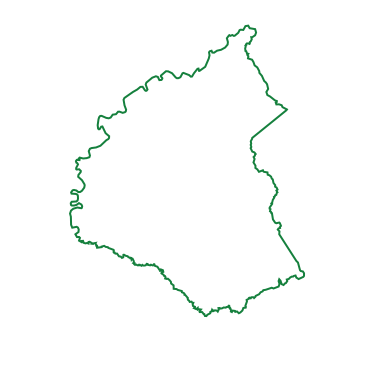 the district of Guajará-Mirim, Rondônia, Brazil, rotated 66°
{"feature_id": "56859067B61607327438980", "entity_name": "Guajará-Mirim", "entity_type": "district", "adm_level": 2, "iso_a3": "BRA", "parent_name": "Brazil", "parent_adm1": "Rondônia", "projection": "mercator", "projection_center": [-64.555, -11.323], "detail": "fine", "context": "isolated", "style": "outline", "palette": "green", "viewbox_px": 384, "rotation_deg": 66, "n_neighbors": 0, "source": "geoboundaries", "source_scale": "gbopen_adm2", "svg_char_len": 5964}
<svg xmlns="http://www.w3.org/2000/svg" viewBox="0 0 384 384"><g transform="rotate(66 192 192)"><path d="M299.0,237.3L300.7,235.8L300.2,233.9L301.9,234.5L302.1,233.0L303.0,231.6L304.3,233.8L304.8,233.8L305.9,231.5L308.4,231.0L308.6,230.4L310.5,230.6L311.2,229.3L310.4,227.9L310.2,224.7L309.0,224.0L309.1,222.8L307.9,221.7L309.2,221.6L309.4,221.2L308.9,220.8L309.5,220.5L309.4,219.2L310.5,217.5L311.7,217.1L310.2,215.3L308.8,215.0L309.2,213.9L309.9,213.9L310.5,212.0L310.4,210.0L311.4,208.2L311.1,207.4L311.6,205.8L310.8,204.8L311.1,204.3L311.9,204.6L313.6,204.3L313.6,204.8L315.9,204.3L317.0,205.1L317.9,204.4L316.9,203.1L318.1,201.1L319.1,201.2L319.4,199.5L321.8,198.5L321.7,196.8L320.8,194.2L318.8,192.2L319.5,190.0L318.8,189.5L317.8,189.6L314.3,186.3L312.8,186.0L312.6,183.2L312.0,183.1L311.9,182.6L312.3,181.6L312.9,181.4L312.4,180.4L312.7,179.6L313.2,178.6L314.1,178.4L313.5,176.7L312.8,176.1L312.7,172.3L311.5,170.1L311.5,167.9L310.7,166.8L311.3,164.4L311.9,158.1L313.3,156.7L313.6,151.3L311.6,149.5L308.6,149.1L307.2,147.8L309.1,147.2L312.6,147.6L314.2,146.2L313.3,144.2L313.4,143.3L312.1,141.2L310.5,141.0L310.8,138.9L310.0,137.0L309.9,135.1L310.4,134.1L310.1,133.1L310.4,131.4L312.6,131.5L314.9,130.0L314.8,124.8L314.2,123.8L311.8,122.7L309.7,123.0L308.4,124.8L307.3,125.1L299.5,123.9L297.5,124.7L266.1,129.5L263.5,128.1L261.2,128.9L260.5,127.8L260.7,126.2L259.8,126.0L259.1,124.5L256.2,124.4L255.4,124.7L254.8,127.7L253.9,128.5L250.0,129.2L243.9,127.6L243.6,128.1L242.4,127.9L241.3,128.6L239.6,127.3L238.8,127.9L237.8,127.4L235.5,123.7L234.7,124.1L234.3,123.1L232.1,121.4L230.6,119.2L229.8,119.1L229.7,118.2L228.8,117.3L228.9,116.2L227.1,114.7L227.0,114.1L225.0,114.3L224.6,112.9L222.4,112.9L220.9,113.9L219.6,113.2L216.9,113.9L213.3,113.1L212.2,113.7L210.2,113.5L208.2,114.5L207.0,115.8L204.8,115.1L202.9,118.0L202.0,118.5L201.0,118.4L200.8,122.6L197.9,123.1L195.8,124.3L193.8,123.3L190.0,123.8L187.3,121.4L185.1,121.5L184.4,119.8L183.5,119.2L183.2,118.4L181.2,118.9L179.6,120.5L175.8,120.6L175.0,119.5L172.8,119.2L172.0,118.3L169.6,117.7L167.9,115.5L167.1,115.0L155.7,72.5L155.2,71.7L151.3,74.8L149.2,74.8L147.3,76.8L146.3,79.3L144.4,79.1L144.3,78.0L143.4,77.5L142.1,78.9L136.4,81.9L134.1,83.7L130.9,83.4L128.8,80.5L124.1,79.6L121.9,80.0L120.0,80.9L114.3,80.9L110.6,82.0L108.9,81.4L104.7,81.7L101.8,83.3L98.3,83.0L95.6,83.3L92.7,86.5L90.9,85.3L89.2,85.7L88.7,84.4L87.5,85.4L85.4,85.2L84.9,85.8L82.4,85.0L81.0,83.8L80.0,83.7L79.8,82.7L79.1,82.6L78.6,81.4L79.4,79.8L80.1,79.3L80.0,78.9L78.6,78.2L78.3,77.1L76.8,75.3L74.7,74.9L75.1,74.0L74.5,70.6L72.4,68.6L68.9,68.1L65.8,72.7L62.9,73.0L62.2,75.7L64.8,79.2L63.5,81.6L63.5,82.7L65.4,85.0L66.6,89.4L66.4,90.3L65.0,91.3L64.9,93.5L63.9,94.1L64.0,94.6L65.7,97.6L69.6,98.2L71.8,99.5L73.5,103.0L73.9,107.6L73.1,111.6L73.7,115.2L72.9,116.7L70.9,116.7L70.7,118.6L71.3,119.6L74.3,120.4L76.9,122.4L83.0,129.0L84.4,135.8L84.2,136.3L81.9,135.9L81.7,136.9L84.3,141.9L86.5,145.0L86.2,146.1L84.0,147.1L79.7,151.4L79.7,152.4L82.4,155.9L82.5,158.0L81.9,159.5L80.7,160.3L75.4,161.9L72.1,164.7L71.1,166.7L73.0,173.0L73.8,173.4L75.6,172.8L76.4,173.0L77.2,174.3L76.5,176.3L73.0,176.4L71.6,177.9L71.4,181.8L73.5,189.2L75.0,190.6L80.3,191.0L80.9,192.1L80.9,192.9L80.0,193.6L75.8,194.3L75.0,196.4L76.1,200.4L76.6,205.3L78.6,215.5L79.9,217.0L85.4,218.4L90.0,218.7L91.5,219.8L91.8,220.8L91.5,223.1L89.1,225.6L88.6,226.9L90.0,229.8L89.1,233.0L90.9,236.0L90.8,238.1L89.4,240.2L85.7,243.6L85.2,244.9L85.9,246.4L87.5,247.8L92.6,251.0L95.9,252.0L96.9,251.5L97.0,250.8L95.4,248.4L95.7,247.2L103.2,247.0L107.3,245.0L108.9,245.8L109.6,246.9L109.8,249.1L112.5,256.8L112.3,261.5L111.0,265.9L111.0,267.7L112.7,269.7L117.2,270.4L118.5,271.6L118.2,274.5L117.1,277.8L114.9,280.6L115.3,281.7L116.2,281.2L117.1,281.8L115.8,284.2L116.6,285.5L118.2,285.7L118.9,285.1L120.4,284.9L122.8,287.9L123.9,288.5L124.5,288.3L125.4,285.8L127.6,285.0L128.6,285.7L130.2,288.8L131.8,289.8L136.5,287.7L141.3,287.1L142.4,287.4L144.2,288.7L146.1,292.0L146.5,294.1L145.8,295.9L143.6,297.0L142.1,299.0L141.9,300.4L143.2,302.6L144.5,302.7L146.5,298.9L147.7,297.8L149.1,297.8L151.8,298.9L153.2,300.0L153.6,301.5L152.0,305.9L152.9,307.3L154.6,307.8L155.5,307.3L156.4,305.3L156.8,302.7L156.2,299.8L158.5,298.1L160.3,298.1L161.7,299.1L161.8,299.7L159.5,303.1L159.0,307.3L159.8,310.1L162.1,312.2L165.3,312.7L172.8,315.8L175.9,315.9L176.9,311.5L178.1,310.7L180.1,310.7L182.4,312.0L183.2,315.7L186.4,315.4L187.2,313.4L188.3,313.0L190.5,315.0L193.1,313.1L192.6,312.2L192.0,312.3L192.3,311.4L194.4,311.6L195.6,310.2L195.9,308.6L197.0,307.5L195.6,306.8L195.8,305.8L198.0,304.2L198.4,304.7L199.2,303.4L198.9,302.7L199.3,301.0L199.6,301.5L200.5,301.0L202.1,301.3L202.4,300.6L203.0,300.7L203.9,300.7L203.8,301.3L204.3,301.4L205.6,297.0L205.1,296.8L205.5,294.1L207.0,293.2L208.2,291.3L209.0,291.2L212.8,287.3L213.4,287.1L215.0,288.1L215.8,287.9L215.9,287.3L217.1,287.1L217.8,285.5L221.0,284.9L222.1,283.3L223.7,282.8L223.7,281.4L221.5,280.2L221.6,279.7L223.4,278.4L224.5,276.9L225.8,276.6L227.3,274.6L227.7,275.1L228.3,274.4L229.0,274.6L228.5,273.8L228.8,273.4L231.4,273.3L232.7,273.7L233.0,274.4L233.5,273.8L233.7,274.3L234.2,274.2L234.2,273.5L235.4,273.6L235.6,272.5L236.9,271.5L237.5,269.9L237.0,269.8L237.2,269.3L238.8,268.2L238.4,267.0L239.3,266.6L240.0,264.9L240.1,264.0L239.2,262.6L239.6,262.0L240.1,262.4L240.6,262.0L242.0,260.0L241.7,259.1L243.0,257.9L243.3,257.0L242.5,256.3L242.7,255.8L244.4,255.9L246.2,254.0L249.8,253.4L250.2,252.4L251.1,253.0L251.5,251.4L250.7,251.3L251.6,250.4L253.3,250.7L253.4,252.6L253.9,253.0L256.2,251.6L257.3,251.6L257.9,250.8L259.1,250.8L260.1,251.7L261.1,250.5L261.4,249.3L263.6,248.3L265.5,247.8L267.1,248.3L269.8,246.8L273.0,248.1L274.4,245.6L275.7,244.8L278.3,241.6L279.5,242.0L280.9,240.6L282.4,240.2L282.8,240.7L283.8,239.9L287.2,238.9L287.7,239.4L288.9,239.5L290.0,238.9L291.5,238.8L292.0,237.0L293.4,236.8L293.8,235.9L295.2,237.2L296.6,237.4L298.1,236.0L298.7,236.3L299.0,237.3Z" fill="none" stroke="#15803d" stroke-width="2"/></g></svg>